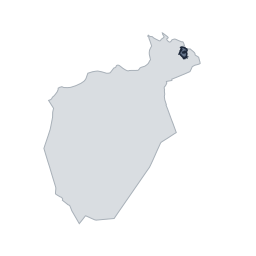 Gothèye, Tillabéri, Niger shown in context, rotated 160°
{"feature_id": "23599985B45142923275636", "entity_name": "Gothèye", "entity_type": "district", "adm_level": 2, "iso_a3": "NER", "parent_name": "Niger", "parent_adm1": "Tillabéri", "projection": "natural_earth1", "projection_center": [1.28, 13.795], "detail": "fine", "context": "in_parent", "style": "filled", "palette": "slate", "viewbox_px": 256, "rotation_deg": 160, "n_neighbors": 0, "source": "geoboundaries", "source_scale": "gbopen_adm2", "svg_char_len": 3919}
<svg xmlns="http://www.w3.org/2000/svg" viewBox="0 0 256 256"><g transform="rotate(160 128 128)"><path d="M193.2,181.1L191.1,181.1L189.9,181.5L188.4,182.8L186.7,183.4L184.7,184.5L183.4,185.4L182.2,186.2L180.5,188.0L180.0,189.3L178.3,189.6L176.0,189.4L174.5,188.0L171.0,186.6L168.8,186.0L167.8,185.8L162.5,185.6L156.9,186.1L154.1,186.8L153.6,186.9L151.9,187.8L150.6,188.8L147.0,193.2L142.2,193.0L139.4,192.5L137.0,191.9L133.5,189.8L129.3,186.7L127.7,186.2L126.2,186.0L125.8,186.0L120.8,189.2L119.8,189.1L118.6,189.4L117.9,190.2L117.3,190.6L116.7,190.7L115.9,190.5L115.1,190.0L114.4,189.1L112.3,185.7L111.8,185.1L111.0,184.0L109.5,182.4L108.5,181.7L107.9,181.5L107.1,181.6L103.1,180.2L99.1,178.8L98.2,179.0L97.6,179.3L96.2,180.3L94.6,180.5L92.5,180.4L91.3,180.3L89.5,180.7L88.3,181.1L86.7,181.8L84.6,183.8L84.0,184.1L83.5,184.4L82.8,189.9L82.3,191.5L81.2,193.7L79.2,195.7L77.7,197.0L77.7,198.7L77.6,201.4L77.6,203.3L77.7,204.6L77.5,205.2L77.4,205.7L77.4,206.5L77.8,206.9L78.0,207.4L77.8,207.8L77.2,208.3L76.4,207.0L75.5,206.2L74.4,205.8L73.7,205.2L73.4,204.3L72.0,202.6L68.8,199.2L68.5,199.1L68.0,199.0L67.1,199.4L66.5,199.9L66.2,200.1L65.6,200.2L64.1,200.6L62.9,201.2L62.9,201.6L63.4,204.2L63.2,205.6L62.6,204.9L60.9,202.3L59.7,200.4L59.5,200.0L59.3,199.3L59.4,199.0L59.9,198.8L61.0,198.6L61.2,198.4L61.3,197.8L61.1,196.9L60.5,195.5L59.8,194.7L59.5,194.5L58.8,194.5L58.1,194.6L56.8,195.7L56.2,195.8L54.8,195.8L53.6,195.6L52.8,195.0L50.6,192.9L48.1,190.6L47.1,190.3L46.9,190.0L46.7,188.3L46.8,186.2L46.9,185.7L47.9,186.0L49.0,186.1L49.4,185.8L48.5,185.0L47.2,184.3L46.8,183.1L46.4,182.7L45.8,182.3L45.2,182.1L44.5,181.8L44.1,181.5L43.4,181.3L42.6,181.1L41.5,179.2L40.4,177.4L39.8,176.0L39.6,175.2L39.9,173.7L39.6,173.1L38.4,171.7L37.4,170.3L37.6,168.2L37.8,166.4L37.8,165.3L38.0,164.7L38.1,164.0L38.8,163.8L40.5,163.8L43.8,164.1L46.4,163.7L46.6,163.7L48.4,161.8L50.5,159.8L53.6,159.6L57.0,159.4L59.6,159.3L63.5,159.1L66.6,159.0L70.2,158.9L70.3,157.9L70.5,157.7L70.9,157.7L73.5,158.2L76.0,158.6L76.2,156.9L78.4,154.8L79.6,154.3L79.9,154.0L80.3,153.2L80.5,152.1L80.6,151.3L81.1,150.6L81.4,149.4L81.9,147.3L83.1,145.1L83.8,142.0L83.9,139.1L84.0,136.8L84.4,136.4L84.3,132.4L84.3,128.4L84.3,125.1L84.3,120.9L84.2,117.2L84.2,113.2L84.2,109.6L84.2,107.2L86.7,106.7L89.2,106.1L93.0,105.2L97.1,104.3L101.6,103.3L102.6,102.7L106.0,99.2L107.5,97.7L110.5,94.6L112.8,92.2L115.7,89.2L118.8,86.1L121.3,83.7L125.2,81.0L131.1,76.8L137.0,72.6L142.8,68.5L148.7,64.3L154.5,60.2L160.4,56.0L166.2,51.9L172.0,47.7L178.0,49.3L183.6,50.8L189.4,52.3L190.7,53.1L193.8,56.1L197.7,59.9L197.9,59.9L198.1,60.0L201.7,57.7L206.5,54.8L207.9,62.7L209.1,69.4L209.2,73.7L209.3,74.9L209.7,75.6L210.6,76.4L214.4,82.6L213.6,83.7L214.2,85.6L215.2,86.4L218.2,90.1L218.6,90.9L218.5,91.5L216.5,95.8L216.2,96.9L215.9,102.4L215.7,106.4L215.4,111.7L215.0,118.2L214.8,123.6L214.4,130.8L214.0,137.6L211.1,141.3L205.8,147.9L201.6,153.3L199.4,156.9L195.2,163.9L193.4,168.5L191.9,170.9L191.2,171.9L191.9,175.2L193.2,181.1Z" fill="#d9dde1" stroke="#a8b0b8" stroke-width="1"/><path d="M45.8,182.1L46.6,182.9L46.9,182.9L47.1,183.2L47.1,184.1L47.7,184.2L48.8,185.1L49.4,185.4L49.8,185.3L50.3,185.9L50.7,185.7L50.4,185.5L50.4,184.8L50.8,184.5L50.6,184.1L50.6,183.7L51.3,184.0L51.5,183.7L51.5,183.4L51.2,183.0L51.3,182.7L52.0,182.9L52.3,182.5L52.3,182.3L52.7,182.4L52.7,181.7L53.2,181.6L53.7,181.1L54.6,180.1L54.0,180.0L53.6,178.7L53.3,178.7L53.4,178.2L53.1,177.6L53.0,177.3L52.7,177.2L52.7,176.7L52.2,175.8L52.2,175.6L51.9,175.4L51.5,175.5L51.2,175.5L51.2,175.4L51.7,175.2L52.1,174.9L52.1,174.6L51.9,174.1L51.2,174.0L50.8,173.8L50.2,174.3L49.7,174.8L48.9,174.1L48.9,174.7L48.3,174.7L49.0,175.3L47.7,176.6L47.7,177.3L47.2,177.9L47.3,179.0L47.0,179.5L47.8,179.5L48.3,179.3L49.8,179.3L50.2,179.6L50.8,179.8L50.8,180.3L50.4,180.6L50.0,180.5L49.1,180.4L48.9,180.7L48.1,180.7L47.5,179.8L46.8,179.9L45.8,180.9L45.8,182.1Z" fill="#64748b" stroke="#1e293b" stroke-width="1.5"/></g></svg>